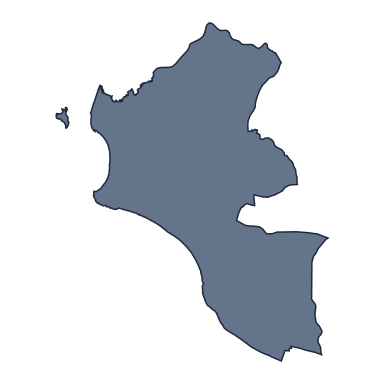 Mempawah, Kalimantan Barat, Indonesia
{"feature_id": "22746128B13218426778114", "entity_name": "Mempawah", "entity_type": "district", "adm_level": 2, "iso_a3": "IDN", "parent_name": "Indonesia", "parent_adm1": "Kalimantan Barat", "projection": "albers", "projection_center": [109.004, 0.347], "detail": "fine", "context": "isolated", "style": "filled", "palette": "slate", "viewbox_px": 384, "rotation_deg": 0, "n_neighbors": 0, "source": "geoboundaries", "source_scale": "gbopen_adm2", "svg_char_len": 5875}
<svg xmlns="http://www.w3.org/2000/svg" viewBox="0 0 384 384"><path d="M100.0,85.3L98.4,89.3L98.7,89.4L98.7,89.6L98.0,90.5L94.3,101.8L93.4,103.9L93.3,104.6L91.0,112.1L90.5,113.2L91.0,113.6L91.4,116.2L91.0,120.1L91.0,124.3L92.1,128.2L93.9,130.8L94.9,131.4L94.7,130.7L94.1,130.4L94.3,130.1L94.9,130.1L97.0,131.2L98.1,132.4L97.7,132.3L97.8,132.5L99.5,133.2L101.7,135.2L102.1,136.0L102.9,136.4L106.2,141.1L108.6,146.2L108.4,146.4L109.5,150.6L109.9,154.4L110.0,160.8L109.7,163.2L109.8,163.5L109.4,164.8L109.6,167.4L108.9,174.2L107.6,178.3L106.7,180.0L104.9,183.3L104.1,183.9L100.8,188.5L96.1,191.7L94.1,191.2L93.9,191.5L93.8,195.0L93.5,195.8L93.9,196.3L94.2,197.8L95.6,199.6L95.5,200.8L96.0,201.6L97.9,203.3L98.5,203.1L99.4,204.1L100.9,204.8L102.6,205.3L103.3,205.9L105.0,205.3L105.7,205.5L106.2,206.4L107.0,206.8L107.3,206.5L109.2,207.2L110.5,207.8L110.4,208.2L111.1,208.0L112.8,208.8L115.1,209.4L116.7,209.1L119.2,208.0L124.2,209.8L126.1,210.1L126.2,210.4L128.0,210.6L133.1,212.2L133.4,212.5L135.6,213.0L137.3,213.7L138.2,214.6L138.6,214.5L139.3,215.0L140.1,214.8L140.2,215.2L140.6,215.2L141.0,215.6L142.2,215.9L143.8,216.9L144.3,216.8L144.8,217.3L145.8,217.5L147.1,218.4L148.0,218.7L151.8,221.0L153.9,221.9L160.4,226.0L168.5,232.6L170.0,233.0L170.5,233.8L173.8,235.7L179.9,240.1L186.9,247.1L191.3,252.5L195.9,260.2L198.3,265.2L200.1,269.8L200.8,270.8L200.7,272.0L201.8,276.4L202.3,281.2L202.8,282.5L203.8,283.7L202.8,284.9L202.4,286.2L202.8,294.0L205.9,302.5L206.9,304.3L207.9,305.7L208.9,306.2L210.8,308.0L211.5,308.3L211.9,309.0L215.5,311.5L216.2,312.9L217.0,313.4L216.9,314.0L217.2,314.9L220.4,322.1L222.0,324.5L222.9,325.2L223.0,325.9L224.4,328.2L226.7,330.0L230.8,332.7L231.5,332.8L232.5,333.8L233.8,334.3L241.9,339.9L251.1,346.8L260.2,351.9L266.2,354.5L269.5,355.6L271.8,357.0L281.3,361.0L285.1,350.3L286.2,350.7L289.2,350.8L289.2,348.6L291.5,348.2L290.9,346.2L300.5,348.4L305.8,350.2L314.7,352.2L321.6,354.7L321.1,353.4L320.5,347.2L319.9,345.7L318.3,343.0L318.5,342.6L318.0,341.5L318.3,338.0L318.9,336.7L320.9,334.5L321.9,332.5L321.9,331.0L319.3,326.0L316.8,323.5L315.7,320.7L314.9,314.4L315.8,306.3L315.2,304.2L311.6,299.4L311.9,262.2L313.5,256.4L315.9,253.3L318.2,248.6L325.8,239.5L328.0,238.0L317.1,233.9L307.0,232.6L296.7,231.8L276.9,232.1L272.8,233.6L268.3,233.9L266.3,233.6L262.8,229.1L259.3,226.8L253.2,226.1L249.7,226.1L245.2,225.3L236.6,220.5L238.4,213.8L240.8,208.2L243.2,206.5L244.6,204.9L246.3,203.9L247.4,203.7L252.5,205.3L254.6,205.6L254.7,203.8L254.3,202.1L253.9,197.0L254.0,194.8L263.3,197.0L267.9,197.2L271.3,195.9L274.6,195.0L275.3,194.4L276.0,194.3L278.7,192.8L279.6,192.6L280.4,191.8L281.9,191.2L284.0,189.0L284.2,188.1L288.5,185.5L290.9,184.9L297.4,184.5L297.0,182.2L296.9,176.7L296.0,174.0L295.6,169.8L293.7,166.3L293.2,164.1L292.1,161.7L289.0,158.8L286.9,155.6L284.7,155.6L284.3,153.1L282.7,150.8L281.8,149.8L275.6,146.6L274.7,145.3L273.3,141.6L272.2,140.2L270.9,139.2L267.8,137.7L266.5,138.2L264.5,138.3L262.9,139.5L260.1,138.7L259.9,135.0L258.4,133.7L257.1,133.6L256.7,133.3L256.6,132.7L257.4,130.9L257.1,129.8L256.1,129.8L254.9,129.4L253.8,130.3L252.8,130.1L252.6,130.7L252.2,130.2L251.6,130.1L251.1,131.3L249.9,131.4L248.8,131.1L248.0,131.3L247.8,124.5L248.1,120.9L250.2,115.2L253.4,110.7L255.1,107.3L255.5,102.5L257.2,96.4L259.8,89.9L262.9,84.7L265.8,82.0L268.7,78.4L273.9,76.1L277.3,71.8L278.9,68.4L279.9,64.8L281.2,62.7L275.5,52.8L274.2,52.6L272.3,51.0L271.7,51.0L268.8,49.1L267.8,47.9L267.4,46.9L267.3,45.0L266.3,43.4L265.5,43.3L264.3,43.8L261.3,47.0L258.7,48.4L257.6,48.2L255.9,47.3L253.8,45.3L251.1,44.4L248.2,44.6L242.8,44.5L241.1,43.6L239.3,41.6L238.2,40.9L233.7,39.6L231.6,38.3L229.8,34.7L229.4,32.9L228.1,31.4L227.0,30.5L224.7,30.3L221.5,30.6L219.8,30.3L216.8,28.2L213.0,24.2L210.9,23.0L209.1,23.0L207.4,24.5L206.4,25.9L204.8,32.5L203.2,36.1L201.6,37.4L201.2,38.0L198.5,39.8L190.5,43.7L189.6,45.1L189.3,47.0L188.8,48.2L187.2,50.8L181.6,56.7L175.7,63.8L172.4,66.6L168.6,67.4L161.0,67.5L158.2,68.0L156.3,69.0L153.3,72.4L153.6,76.2L152.3,77.4L152.6,78.1L151.8,78.7L152.3,79.2L152.0,80.2L152.4,80.9L152.0,81.3L151.3,81.4L150.6,80.8L150.3,81.0L150.3,82.0L148.8,81.3L148.3,81.3L147.3,82.5L144.8,82.7L144.0,83.6L143.2,83.0L142.0,83.8L142.6,85.0L142.2,85.6L141.6,85.6L141.1,84.9L140.4,85.1L140.5,86.0L140.9,86.3L141.1,87.1L140.2,88.0L138.0,89.1L137.4,90.8L138.2,92.0L138.3,92.9L137.6,93.4L136.1,93.9L136.0,95.0L135.6,95.3L134.7,95.0L133.3,93.6L133.6,92.1L132.4,90.5L132.3,89.2L131.8,89.0L131.2,89.5L131.1,90.4L129.7,90.8L127.6,92.3L128.3,93.3L127.9,94.6L128.2,95.5L128.0,95.8L127.5,95.7L126.9,94.9L126.3,94.9L126.0,95.2L125.8,96.6L123.7,97.1L123.7,97.6L121.8,99.7L122.0,100.2L122.6,100.6L122.4,101.2L122.0,101.4L121.7,101.0L121.0,101.5L120.5,101.5L120.6,100.1L120.0,99.8L119.6,100.3L119.4,101.3L117.6,101.6L116.1,100.2L115.4,101.0L115.2,101.9L113.9,101.9L113.4,101.0L112.9,101.2L112.5,101.1L112.2,100.4L112.2,99.4L111.9,98.9L111.5,98.8L112.0,96.1L110.6,96.7L110.4,96.0L109.9,95.5L108.4,95.4L107.8,94.7L106.7,94.9L106.1,94.1L105.0,93.5L104.2,93.8L104.0,92.9L102.5,92.8L102.6,92.0L103.5,91.8L103.5,91.6L102.3,91.4L102.1,90.6L101.4,90.5L101.3,90.2L101.3,89.9L101.8,89.6L103.1,90.1L102.7,89.3L101.6,89.2L102.1,88.4L102.1,86.6L101.3,86.4L100.8,86.9L100.7,87.7L100.3,87.7L99.7,87.2L99.7,86.9L100.7,86.2L100.7,85.6L100.0,85.3ZM66.7,110.4L67.2,109.8L67.2,109.3L66.8,108.7L66.9,108.1L66.2,107.5L65.6,107.5L65.3,107.8L65.8,109.6L65.7,110.1L65.1,110.5L64.1,109.7L62.0,108.9L62.0,109.7L62.8,110.3L62.8,111.4L62.3,112.6L61.0,113.8L58.5,113.8L56.7,113.5L56.4,113.8L56.4,114.3L57.4,114.9L57.3,115.3L56.4,115.5L56.0,116.1L56.8,118.2L58.6,119.1L59.7,118.8L60.5,119.0L61.5,119.8L61.3,120.7L61.5,121.0L63.0,121.5L64.1,122.4L65.7,125.3L65.7,127.9L66.1,128.2L67.3,127.0L67.2,126.6L68.3,125.3L68.8,122.3L67.9,120.6L68.0,117.7L67.6,116.6L66.6,116.1L66.4,115.1L65.8,114.5L66.0,111.9L66.6,111.2L66.7,110.4Z" fill="#64748b" stroke="#1e293b" stroke-width="1.5"/></svg>